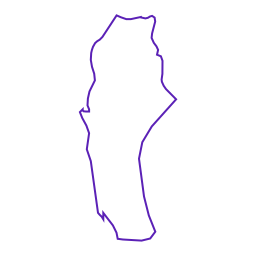 La Union, Albers equal-area conic projection
{"feature_id": "PHL-2561", "entity_name": "La Union", "entity_type": "Province", "adm_level": 1, "iso_a3": "PHL", "parent_name": "Philippines", "parent_adm1": "", "projection": "albers", "projection_center": [120.415, 16.561], "detail": "fine", "context": "isolated", "style": "outline", "palette": "violet", "viewbox_px": 256, "rotation_deg": 0, "n_neighbors": 0, "source": "natural_earth", "source_scale": "10m", "svg_char_len": 901}
<svg xmlns="http://www.w3.org/2000/svg" viewBox="0 0 256 256"><path d="M117.7,238.8L116.5,232.7L112.9,225.4L103.3,212.9L103.3,219.3L101.7,216.7L99.7,214.8L98.0,212.8L90.8,161.1L86.8,149.3L89.1,133.2L86.4,125.6L82.3,118.1L79.9,112.1L82.7,109.3L82.7,110.5L83.6,111.3L85.7,111.5L89.1,111.5L89.1,109.3L87.5,105.4L87.9,98.5L89.5,91.4L94.9,80.4L94.2,73.7L92.0,66.8L90.8,59.9L91.2,53.0L91.9,50.0L93.0,46.8L95.1,43.1L97.2,41.2L99.7,39.7L102.4,37.0L116.6,15.4L121.0,17.3L126.2,19.1L131.0,19.1L140.8,17.0L140.8,17.4L145.4,18.4L147.9,17.8L150.0,16.5L152.1,15.9L154.6,17.6L155.2,21.5L152.1,33.4L151.6,37.9L153.8,42.8L156.5,46.4L158.1,49.9L157.0,54.7L160.9,56.3L162.5,60.8L162.4,73.9L161.6,79.6L161.9,81.8L163.7,85.8L166.0,89.1L176.1,99.3L151.8,126.4L142.3,142.2L139.0,158.7L144.0,196.4L148.8,215.4L155.3,231.7L150.2,238.5L141.6,240.6L122.9,239.5L117.7,238.8Z" fill="none" stroke="#5b21b6" stroke-width="2"/></svg>